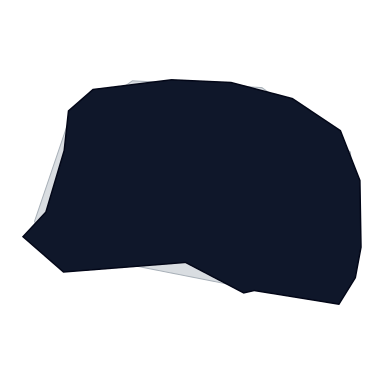 where Rarotonga sits in Cook Islands
{"feature_id": "COK-4953", "entity_name": "Rarotonga", "entity_type": "state/province", "adm_level": 1, "iso_a3": "COK", "parent_name": "Cook Islands", "parent_adm1": "", "projection": "orthographic", "projection_center": [-159.787, -21.22], "detail": "fine", "context": "in_parent", "style": "filled", "palette": "ink", "viewbox_px": 384, "rotation_deg": 0, "n_neighbors": 0, "source": "natural_earth", "source_scale": "10m", "svg_char_len": 526}
<svg xmlns="http://www.w3.org/2000/svg" viewBox="0 0 384 384"><path d="M347.2,287.4L249.0,288.3L124.8,263.9L43.5,250.7L34.6,221.2L66.6,127.1L132.4,80.8L261.9,87.6L350.4,152.1L358.4,259.1L347.2,287.4Z" fill="#d9dde1" stroke="#a8b0b8" stroke-width="1"/><path d="M171.5,79.8L231.0,82.5L292.4,98.6L340.4,130.7L359.9,180.5L361.0,247.2L355.3,277.7L338.9,304.2L254.2,290.5L243.7,292.9L185.5,262.4L63.5,272.0L23.0,236.7L45.9,212.1L64.2,150.5L68.5,110.9L93.0,89.5L171.5,79.8Z" fill="#0f172a" stroke="#020617" stroke-width="1.5"/></svg>